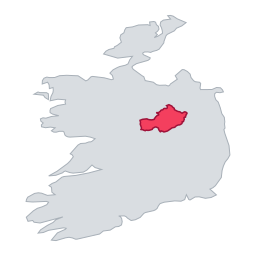 location of Westmeath within Ireland
{"feature_id": "IRL-717", "entity_name": "Westmeath", "entity_type": "County", "adm_level": 1, "iso_a3": "IRL", "parent_name": "Ireland", "parent_adm1": "", "projection": "equal_earth", "projection_center": [-7.391, 53.56], "detail": "fine", "context": "in_parent", "style": "filled", "palette": "rose", "viewbox_px": 256, "rotation_deg": 0, "n_neighbors": 0, "source": "natural_earth", "source_scale": "10m", "svg_char_len": 6169}
<svg xmlns="http://www.w3.org/2000/svg" viewBox="0 0 256 256"><path d="M174.4,30.8L167.2,34.4L166.0,35.8L164.0,41.3L163.8,42.9L159.2,49.1L156.7,50.4L152.8,51.4L150.7,52.4L147.9,51.9L144.5,52.0L142.7,53.1L142.8,53.9L143.8,54.9L150.2,57.8L149.9,58.9L148.1,60.3L136.6,63.6L133.1,65.7L131.9,67.0L133.1,69.2L142.3,75.9L143.8,76.7L145.2,80.6L153.3,82.2L156.6,84.7L159.5,85.3L165.7,85.1L168.2,86.0L169.6,85.3L170.4,84.0L177.3,79.2L175.2,75.7L182.2,69.6L184.1,69.7L187.4,71.5L190.1,74.1L191.0,77.5L193.6,80.7L195.2,81.7L199.7,82.3L200.7,83.6L200.0,88.1L200.6,89.6L212.0,89.5L216.6,87.5L220.5,87.8L222.5,89.9L223.4,91.9L220.0,92.7L216.4,92.3L214.7,93.7L214.6,96.3L215.8,99.7L218.2,102.1L220.2,107.6L221.8,113.6L224.3,117.3L224.8,121.8L224.5,124.0L225.0,128.1L223.9,129.5L224.8,133.3L229.0,145.5L229.9,155.0L227.9,158.6L225.2,162.0L223.4,166.0L222.1,170.4L221.3,177.5L215.4,185.7L212.8,187.8L209.9,189.1L216.4,194.9L211.1,197.5L205.4,198.3L199.0,196.8L195.0,197.0L190.0,200.0L188.8,199.5L186.4,194.7L184.7,199.6L181.0,201.2L174.7,200.9L164.2,202.2L160.1,203.6L158.4,205.8L157.2,208.3L155.5,209.8L153.7,210.6L145.5,212.5L143.9,213.3L140.2,217.4L135.2,219.8L131.1,220.5L127.5,218.1L126.0,216.6L124.3,215.9L118.7,216.0L120.5,216.8L121.6,218.4L122.2,221.7L121.5,224.9L118.7,226.5L115.4,226.8L110.2,230.1L103.3,231.0L99.6,234.0L76.8,239.2L75.5,239.2L72.4,237.9L69.0,237.3L65.6,237.8L56.0,240.6L51.4,240.1L57.4,232.9L65.4,229.3L66.2,228.3L63.6,227.8L48.6,230.3L43.3,232.5L38.1,233.1L40.6,229.8L47.4,225.4L53.2,222.4L55.8,219.8L62.9,216.9L40.0,223.0L34.0,222.2L32.7,220.5L28.0,221.3L26.3,217.2L33.3,210.9L37.4,208.3L42.2,206.8L46.8,204.7L48.6,202.2L46.4,201.4L32.6,202.0L26.1,201.5L26.5,199.5L27.7,197.2L34.6,193.4L38.3,192.8L41.6,193.2L47.4,195.4L55.1,194.7L51.9,192.2L51.5,187.3L49.0,185.6L52.2,183.4L55.8,182.0L61.9,177.2L64.1,176.5L76.0,175.4L88.9,172.9L101.6,169.5L95.1,167.6L92.0,165.0L86.9,170.1L83.3,172.1L73.1,173.1L69.9,172.6L65.3,171.0L63.9,171.6L62.6,172.8L55.8,175.3L48.7,175.9L57.0,171.3L67.6,163.5L70.0,161.1L73.3,156.8L72.3,154.9L70.2,153.8L77.9,145.1L80.6,143.5L85.4,143.2L89.0,141.9L90.6,141.9L92.0,141.3L95.1,138.7L90.3,137.1L85.4,136.2L70.0,137.1L68.0,136.9L66.1,136.1L64.9,135.0L64.0,132.0L62.9,131.3L59.5,131.3L56.1,132.2L53.7,132.1L51.4,130.8L55.1,127.8L50.4,127.1L45.5,127.7L41.5,126.8L41.4,124.9L43.2,123.0L40.9,121.2L40.4,118.9L43.0,117.8L45.8,118.2L51.5,116.5L58.8,115.7L52.6,114.1L50.1,112.6L50.0,110.5L50.6,108.6L57.8,105.5L65.6,104.1L65.0,102.1L65.6,99.8L57.8,99.2L50.1,100.8L51.0,96.5L52.9,92.7L53.3,90.2L53.0,87.5L49.4,88.6L49.1,84.8L47.6,82.2L42.2,84.0L42.4,80.6L44.0,78.2L46.8,77.1L49.5,77.6L54.7,77.5L59.6,75.7L66.8,75.3L78.1,75.8L85.8,80.9L87.8,80.0L91.0,76.8L92.5,76.4L104.2,77.8L111.5,79.7L113.4,79.1L112.4,75.5L109.9,73.1L113.1,69.8L117.0,67.7L119.5,66.6L125.4,65.2L128.0,63.9L129.8,59.8L132.5,56.3L117.7,58.1L103.6,54.0L105.9,51.2L108.9,49.5L114.0,48.3L114.5,46.8L117.1,45.5L121.4,42.2L119.9,37.9L120.8,34.8L123.9,32.8L124.8,29.9L126.2,27.7L132.5,26.9L138.5,25.0L147.7,24.7L150.1,25.5L149.6,22.0L153.9,21.5L155.6,22.2L156.4,24.7L158.4,26.3L159.0,29.1L157.6,31.2L155.4,32.9L157.4,34.6L154.3,37.6L157.7,36.3L162.5,33.3L162.3,30.9L161.5,27.8L160.1,25.0L160.7,22.0L163.4,20.1L170.6,19.1L167.7,15.7L170.3,15.4L173.1,16.1L177.2,18.8L186.1,22.6L181.8,25.9L176.5,28.2L174.4,30.8ZM48.6,97.9L48.4,99.6L45.0,97.5L43.4,95.2L34.0,94.2L38.0,92.0L39.9,92.6L46.5,92.7L48.3,93.7L48.6,97.9Z" fill="#d9dde1" stroke="#a8b0b8" stroke-width="1"/><path d="M168.9,104.7L171.3,105.8L172.0,106.2L172.2,106.6L173.1,107.5L173.8,107.9L174.1,108.2L174.3,108.5L174.3,108.9L174.3,109.2L174.4,109.5L174.5,109.7L174.7,109.8L177.1,111.1L178.2,111.5L178.6,111.6L179.0,111.6L179.5,111.7L180.1,111.9L181.1,112.7L181.7,113.0L182.1,113.2L182.4,113.1L182.8,112.7L183.0,112.6L183.7,112.3L184.1,112.0L184.3,111.9L184.5,111.9L185.1,111.9L185.7,112.1L186.5,112.5L186.9,112.9L187.0,113.1L187.0,113.4L186.9,113.6L186.8,113.8L186.7,114.0L186.4,114.2L186.2,114.4L186.1,114.6L186.1,114.9L186.0,115.3L185.9,115.7L185.6,116.1L185.6,116.3L185.5,116.6L185.5,116.9L185.5,117.1L185.3,117.2L184.6,117.3L184.4,117.3L184.2,117.4L184.0,117.6L184.0,117.9L184.0,118.2L184.2,118.8L184.3,119.2L184.3,119.4L183.9,120.0L183.8,120.5L183.7,120.9L183.6,121.2L183.5,121.4L183.4,121.5L183.1,121.7L182.5,121.6L182.3,121.6L182.1,121.8L182.2,122.5L182.2,122.8L182.1,123.0L181.9,123.4L181.8,123.6L181.5,123.9L181.3,124.0L180.1,124.7L179.6,124.9L179.1,124.9L178.5,124.9L178.2,125.0L177.8,125.2L177.6,125.3L176.9,125.5L176.5,125.7L176.2,125.9L175.0,127.1L174.4,127.4L172.6,127.7L172.3,127.8L172.0,127.9L167.5,131.0L164.7,131.8L164.1,131.9L163.7,131.9L163.4,131.5L163.2,131.5L162.5,131.4L162.2,131.3L161.8,131.0L161.6,130.9L161.0,130.9L160.8,131.0L160.7,131.2L160.8,131.5L160.7,131.7L160.5,131.8L160.3,131.7L160.1,131.6L159.5,130.8L158.9,129.9L158.8,129.7L158.5,128.7L158.4,128.3L158.4,128.2L158.1,127.9L157.4,127.6L156.6,127.2L155.9,127.0L155.4,127.0L155.0,127.1L153.6,127.8L152.8,128.3L152.5,128.6L152.4,128.8L152.4,129.0L152.3,129.3L151.9,129.5L149.6,130.2L148.1,130.4L146.3,130.2L145.9,130.3L145.6,130.4L145.3,130.7L145.1,130.7L144.9,130.6L144.7,130.5L144.2,130.4L143.7,130.2L143.4,129.9L143.0,129.8L140.9,129.5L140.9,129.4L141.4,128.9L141.4,127.6L140.3,124.4L140.2,123.9L140.5,123.2L140.5,122.4L140.0,120.3L142.0,119.5L142.7,119.3L146.2,118.9L146.8,118.9L147.1,118.9L147.3,119.0L147.5,119.1L147.7,119.3L149.4,119.7L151.4,119.9L153.3,119.6L154.1,119.4L154.4,119.2L154.4,118.7L154.5,118.5L154.6,118.3L155.2,117.7L155.3,117.5L155.7,116.9L155.9,116.7L156.3,116.4L156.5,116.2L156.9,115.7L157.4,115.4L158.2,115.2L158.6,115.0L158.7,114.7L158.7,114.3L158.6,114.1L158.5,113.9L158.3,113.8L157.0,113.2L156.8,113.0L156.7,112.8L156.8,112.6L157.0,112.5L157.5,112.6L158.0,112.8L158.4,112.8L158.8,112.3L160.0,111.5L160.1,111.4L160.3,111.3L160.6,110.7L161.0,110.3L161.3,110.1L161.5,110.0L162.4,109.9L162.7,109.8L162.9,109.7L163.3,109.2L163.6,108.8L163.9,108.6L164.1,108.5L164.4,108.4L164.7,108.4L165.0,108.4L165.7,108.5L166.3,108.5L166.6,108.4L166.9,108.3L167.0,108.1L167.3,107.8L167.3,107.6L167.3,107.1L167.3,106.9L167.4,106.7L167.1,106.2L166.9,105.9L166.6,105.6L168.9,104.7Z" fill="#f43f5e" stroke="#9f1239" stroke-width="1.5"/></svg>